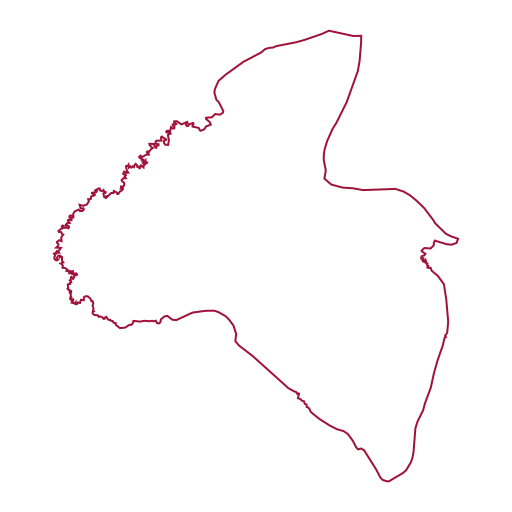 the district of Tha Bo, Nong Khai, Thailand
{"feature_id": "78962969B97829088345215", "entity_name": "Tha Bo", "entity_type": "district", "adm_level": 2, "iso_a3": "THA", "parent_name": "Thailand", "parent_adm1": "Nong Khai", "projection": "orthographic", "projection_center": [102.483, 17.794], "detail": "fine", "context": "isolated", "style": "outline", "palette": "rose", "viewbox_px": 512, "rotation_deg": 0, "n_neighbors": 0, "source": "geoboundaries", "source_scale": "gbopen_adm2", "svg_char_len": 5931}
<svg xmlns="http://www.w3.org/2000/svg" viewBox="0 0 512 512"><path d="M358.1,449.4L361.1,448.5L364.1,450.3L376.0,469.2L380.4,477.6L382.6,479.9L386.9,481.3L388.9,481.3L403.1,472.9L406.2,470.2L410.9,462.2L412.4,458.0L413.5,452.2L415.4,428.3L417.5,421.6L423.1,410.3L424.9,403.5L430.8,387.6L434.0,372.9L437.5,360.6L442.7,345.7L444.5,338.0L445.9,337.1L445.0,336.0L447.2,332.6L448.2,321.9L446.3,299.7L443.9,284.2L437.9,276.0L431.6,270.6L430.6,267.8L428.3,268.0L427.3,267.3L428.3,265.9L427.0,264.9L427.4,263.6L426.6,263.4L425.5,259.8L424.3,261.0L424.4,262.1L423.0,261.4L422.4,260.4L423.2,259.3L422.4,258.9L422.8,258.3L421.2,258.4L421.5,256.4L424.5,255.2L425.4,253.8L421.9,251.4L421.6,250.5L424.4,248.0L430.6,248.5L433.8,245.2L433.8,242.8L434.8,240.6L446.5,244.2L451.5,244.7L456.5,243.0L458.1,238.8L450.2,236.0L445.7,233.6L435.1,223.2L433.4,220.2L424.0,207.9L416.1,200.3L409.8,195.2L403.7,191.6L395.4,188.9L362.9,190.1L353.3,188.3L342.5,187.6L331.2,184.5L324.4,178.6L325.8,170.4L323.7,159.7L323.9,153.4L324.8,148.7L327.2,140.9L332.5,129.0L336.4,122.8L346.7,102.1L357.8,71.1L359.6,60.9L361.1,42.8L361.2,35.8L353.3,36.0L328.9,30.7L322.0,33.9L303.9,40.1L295.9,42.3L276.3,46.1L273.2,47.5L269.1,47.9L265.0,49.2L261.3,52.4L243.6,61.7L225.7,74.6L218.5,80.9L214.9,89.1L214.4,92.8L216.4,99.8L218.8,102.2L223.3,111.0L222.8,112.8L219.9,114.7L215.3,114.0L211.8,117.3L206.1,117.7L205.9,118.7L209.8,122.2L210.8,124.6L205.9,126.5L204.5,129.1L200.8,130.8L200.0,130.5L198.7,127.9L192.6,126.6L192.4,125.6L193.6,124.1L193.2,123.0L189.1,124.2L188.4,125.8L187.1,126.2L185.9,124.8L187.5,122.8L187.2,121.9L181.4,124.4L176.8,121.2L174.2,121.3L174.1,122.6L176.3,123.8L175.6,124.6L172.7,124.6L173.1,125.7L174.5,126.9L174.3,128.3L173.0,128.6L171.0,127.1L170.3,130.8L167.0,130.8L166.2,131.6L166.7,132.5L170.1,132.7L170.6,133.6L167.9,135.0L168.9,140.5L168.1,144.9L165.2,144.7L163.9,142.8L164.0,141.0L164.4,140.4L165.9,140.1L166.0,139.3L162.9,137.5L162.2,136.6L161.4,136.7L161.0,137.6L161.5,140.7L156.5,140.7L155.6,141.6L155.7,143.6L158.6,144.3L158.6,145.2L156.5,146.1L156.2,147.8L155.4,147.6L154.2,145.7L154.6,144.0L149.4,143.8L149.7,145.2L152.7,148.1L151.0,149.1L148.9,152.0L147.4,151.4L146.8,152.1L148.8,154.1L148.8,154.7L146.5,154.6L141.6,157.3L140.6,155.7L139.2,156.7L139.4,157.7L141.6,158.5L141.5,159.7L143.3,159.7L142.7,161.2L144.5,161.6L145.5,160.4L145.5,162.0L147.1,162.5L146.8,163.1L143.3,163.4L144.8,164.7L143.6,165.5L143.5,167.4L141.1,165.4L140.0,168.1L139.4,168.3L139.0,166.5L137.3,166.9L137.0,165.3L135.6,163.9L134.5,165.1L133.9,167.2L132.7,166.3L131.4,167.6L130.3,166.4L128.9,167.6L128.5,164.7L127.8,165.8L126.0,166.2L126.9,170.8L128.2,172.6L126.4,172.8L124.2,171.6L123.2,173.5L123.5,174.3L125.4,174.5L125.9,175.3L124.7,176.5L125.8,178.2L123.3,178.3L121.6,180.1L122.2,181.4L124.2,182.8L124.1,185.5L123.1,186.6L121.1,186.4L120.7,188.5L122.8,188.3L123.1,189.0L122.2,190.2L119.9,191.5L118.2,194.0L117.4,194.0L116.8,192.5L113.8,191.0L113.5,193.0L111.1,193.0L105.9,198.1L105.5,197.8L106.0,196.4L104.2,196.9L103.4,193.8L103.8,193.1L105.4,193.0L105.7,192.2L104.2,191.5L103.5,190.0L102.1,191.2L100.0,190.4L99.7,188.5L98.9,188.3L95.1,190.4L95.3,191.0L96.8,191.2L96.3,192.2L92.0,192.8L92.0,193.4L94.7,194.4L94.8,195.1L91.1,196.6L90.7,199.1L88.2,199.2L88.9,201.2L87.0,204.4L83.2,205.8L79.6,204.8L80.7,208.5L83.4,208.3L83.8,209.1L83.4,210.1L82.3,211.0L80.0,211.1L78.6,209.6L74.8,211.4L73.2,213.8L73.4,217.4L72.6,217.4L72.5,215.9L70.6,215.4L69.4,216.2L69.5,217.3L71.7,218.0L71.5,220.2L70.9,220.4L69.5,219.5L68.0,220.1L67.9,220.7L69.6,222.9L67.3,223.1L65.6,225.0L65.8,225.7L67.1,225.3L68.7,226.1L69.1,227.1L68.5,228.3L66.2,227.6L64.2,227.9L63.5,227.2L63.5,225.9L62.5,225.5L61.7,226.3L62.6,228.2L60.5,229.2L58.4,231.0L58.7,231.8L61.3,232.1L62.1,234.2L63.2,234.6L61.2,237.6L61.6,241.1L59.2,240.2L57.0,241.9L56.9,242.8L57.9,243.3L58.5,244.6L58.0,245.9L56.2,247.6L60.9,247.9L58.2,251.6L59.0,252.7L57.6,252.6L57.6,251.3L57.0,251.0L56.3,251.8L56.1,253.6L54.3,253.3L53.9,253.7L54.8,254.4L55.0,255.8L54.3,257.2L54.5,258.9L55.7,260.1L56.9,260.4L58.2,259.6L56.8,258.0L58.3,255.6L60.0,255.8L60.0,257.3L61.2,256.5L62.0,256.9L62.0,260.8L63.3,262.5L60.6,263.5L62.0,264.4L62.9,265.8L62.5,267.7L65.1,268.1L67.3,269.5L66.5,270.9L69.0,271.5L69.2,273.3L70.6,273.1L71.2,272.3L70.2,272.1L70.0,271.0L71.7,271.5L72.9,271.1L73.1,272.4L71.9,272.7L72.1,274.0L76.0,273.3L77.1,274.3L76.7,275.2L74.8,274.7L73.9,275.1L74.3,277.1L73.0,279.0L72.0,278.3L71.7,276.9L71.2,276.9L70.6,279.6L69.9,280.3L71.0,281.0L71.3,282.2L70.1,282.6L70.2,283.9L67.8,284.4L68.2,287.8L67.5,288.7L68.3,289.7L69.3,289.7L69.7,291.2L71.0,290.9L71.3,291.4L71.1,292.5L69.9,292.9L70.9,294.5L70.3,298.1L71.3,297.6L71.5,299.5L73.2,299.3L73.2,300.1L71.5,300.3L72.3,301.1L71.8,302.4L72.8,302.1L72.9,303.0L74.4,303.5L75.4,302.4L75.2,303.9L75.7,304.2L76.6,304.1L76.3,303.2L77.2,303.3L77.7,302.5L80.0,303.0L80.9,299.8L83.8,300.2L83.8,297.3L85.6,296.2L87.7,296.3L90.4,298.6L91.4,301.2L92.5,301.0L92.8,301.5L93.3,303.6L92.6,305.3L93.6,308.9L92.9,310.5L93.8,311.3L92.8,311.7L92.6,313.5L94.4,315.0L97.8,315.3L98.7,316.9L100.2,316.4L101.8,317.1L103.2,318.0L103.4,318.8L104.6,318.8L105.2,317.3L106.3,316.8L107.9,319.4L109.5,320.1L110.3,319.8L111.1,320.9L112.7,321.0L113.5,322.7L115.7,323.1L115.6,324.4L116.3,325.3L120.0,328.1L125.2,327.6L129.2,324.9L131.4,324.9L133.2,322.6L133.4,320.9L140.5,321.6L143.9,320.8L150.0,321.2L152.3,320.8L153.3,321.3L155.8,320.7L157.0,323.1L158.8,323.5L160.2,322.5L161.1,319.2L164.5,316.4L167.4,315.9L172.2,319.7L176.3,320.1L192.5,312.6L205.5,310.8L214.2,310.7L218.5,312.1L225.6,316.2L228.7,319.2L233.4,325.4L236.2,334.1L235.3,341.2L239.2,345.7L252.5,355.9L288.4,388.2L294.3,391.5L295.9,391.8L297.2,393.8L298.0,393.3L299.0,393.6L297.9,398.2L300.6,399.2L301.9,400.7L304.2,401.4L304.6,403.7L306.6,404.6L306.7,407.0L308.1,407.4L309.4,408.8L310.5,411.5L312.5,413.5L319.6,419.1L329.5,425.4L337.1,429.3L343.6,431.1L347.8,434.0L352.9,440.9L356.1,447.3L358.1,449.4Z" fill="none" stroke="#9f1239" stroke-width="2"/></svg>